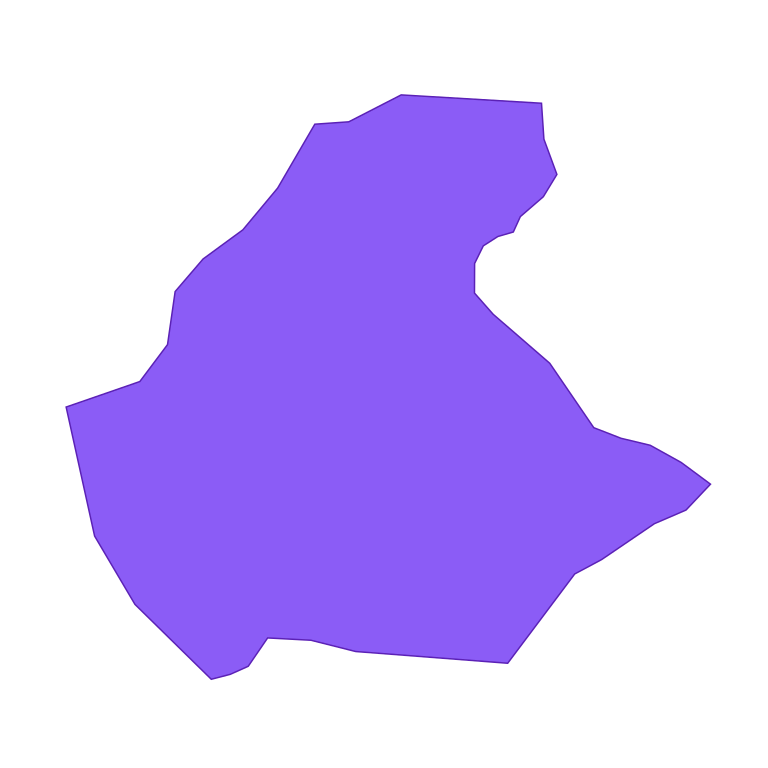 an SVG outline of Kyankwanzi, rotated 176°
{"feature_id": "UGA-5602", "entity_name": "Kyankwanzi", "entity_type": "District", "adm_level": 1, "iso_a3": "UGA", "parent_name": "Uganda", "parent_adm1": "", "projection": "natural_earth1", "projection_center": [31.594, 1.103], "detail": "fine", "context": "isolated", "style": "filled", "palette": "violet", "viewbox_px": 768, "rotation_deg": 176, "n_neighbors": 0, "source": "natural_earth", "source_scale": "10m", "svg_char_len": 659}
<svg xmlns="http://www.w3.org/2000/svg" viewBox="0 0 768 768"><g transform="rotate(176 384 384)"><path d="M576.9,101.5L647.8,181.5L683.3,252.5L702.7,383.2L627.4,403.5L597.2,438.4L585.9,490.8L555.7,521.4L514.1,547.6L476.4,586.9L434.9,648.0L400.9,648.0L346.7,671.2L207.3,653.1L207.4,617.1L196.9,581.0L212.0,559.7L236.3,541.5L244.4,526.6L260.1,523.2L275.3,514.9L285.2,497.9L287.4,468.4L270.2,445.9L217.2,393.1L177.8,325.8L151.3,313.3L122.7,304.3L93.0,285.0L65.3,261.3L91.5,237.2L124.0,225.8L179.1,193.7L207.0,181.2L280.1,96.8L430.9,119.1L474.9,133.5L517.8,138.8L539.1,111.9L557.6,105.1L576.9,101.5Z" fill="#8b5cf6" stroke="#5b21b6" stroke-width="1.5"/></g></svg>